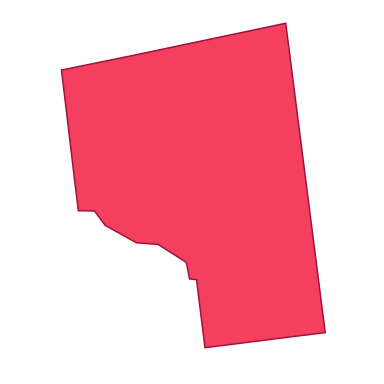 Covington, Mississippi, United States of America, rotated 353°
{"feature_id": "52423323B85290148440084", "entity_name": "Covington", "entity_type": "district", "adm_level": 2, "iso_a3": "USA", "parent_name": "United States of America", "parent_adm1": "Mississippi", "projection": "equal_earth", "projection_center": [-89.603, 31.615], "detail": "fine", "context": "isolated", "style": "filled", "palette": "rose", "viewbox_px": 384, "rotation_deg": 353, "n_neighbors": 0, "source": "geoboundaries", "source_scale": "gbopen_adm2", "svg_char_len": 378}
<svg xmlns="http://www.w3.org/2000/svg" viewBox="0 0 384 384"><g transform="rotate(353 192 192)"><path d="M307.1,347.8L305.6,35.9L143.1,49.8L77.3,55.0L77.2,94.8L76.9,168.9L76.9,196.7L92.9,199.0L101.8,214.6L130.6,235.6L151.9,239.9L177.8,261.2L179.0,278.0L185.8,279.5L185.9,348.1L273.2,347.8L304.1,347.8L307.1,347.8Z" fill="#f43f5e" stroke="#9f1239" stroke-width="1.5"/></g></svg>